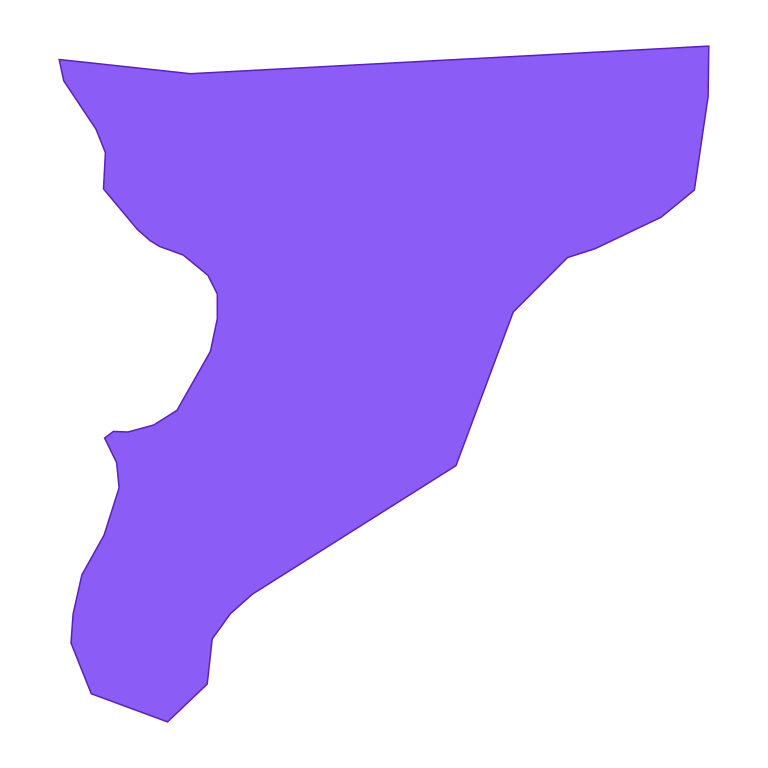 outline of Radlje ob Dravi
{"feature_id": "SVN-981", "entity_name": "Radlje ob Dravi", "entity_type": "Municipality", "adm_level": 1, "iso_a3": "SVN", "parent_name": "Slovenia", "parent_adm1": "", "projection": "orthographic", "projection_center": [15.216, 46.586], "detail": "fine", "context": "isolated", "style": "filled", "palette": "violet", "viewbox_px": 768, "rotation_deg": 0, "n_neighbors": 0, "source": "natural_earth", "source_scale": "10m", "svg_char_len": 598}
<svg xmlns="http://www.w3.org/2000/svg" viewBox="0 0 768 768"><path d="M59.2,59.5L190.3,73.7L708.8,46.1L708.1,96.5L694.4,190.0L661.1,217.2L595.1,248.7L567.4,257.6L513.2,312.1L456.0,465.6L252.5,594.1L230.5,613.6L212.2,638.9L207.2,684.1L167.5,721.9L91.3,693.8L71.0,643.0L73.1,613.9L81.9,574.8L104.0,535.3L119.1,487.8L116.6,462.5L104.6,438.1L113.4,431.4L127.9,432.0L153.7,425.0L177.0,410.3L210.4,351.4L217.3,318.8L217.3,294.0L207.9,275.3L183.3,255.1L159.4,246.4L150.0,240.6L137.4,229.5L103.5,188.9L105.4,152.7L96.0,129.2L63.7,80.7L59.2,59.5Z" fill="#8b5cf6" stroke="#5b21b6" stroke-width="1.5"/></svg>